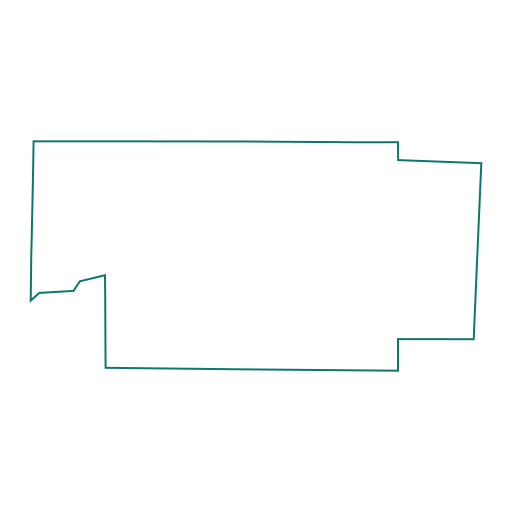 Summit, Ohio, United States of America, rotated 270°
{"feature_id": "52423323B73320668116479", "entity_name": "Summit", "entity_type": "district", "adm_level": 2, "iso_a3": "USA", "parent_name": "United States of America", "parent_adm1": "Ohio", "projection": "equal_earth", "projection_center": [-81.526, 41.129], "detail": "fine", "context": "isolated", "style": "outline", "palette": "teal", "viewbox_px": 512, "rotation_deg": 270, "n_neighbors": 0, "source": "geoboundaries", "source_scale": "gbopen_adm2", "svg_char_len": 482}
<svg xmlns="http://www.w3.org/2000/svg" viewBox="0 0 512 512"><g transform="rotate(270 256 256)"><path d="M172.8,473.7L258.9,477.4L348.8,481.3L351.9,398.1L369.8,398.0L369.7,360.6L369.8,345.2L370.0,319.3L370.2,284.6L370.5,248.8L370.7,106.1L370.7,33.6L325.5,32.8L273.5,31.7L259.0,31.3L211.4,30.7L219.1,39.3L221.1,73.5L230.7,79.8L236.8,105.0L217.2,105.2L155.4,105.5L144.2,105.6L142.6,248.6L141.3,398.0L172.9,398.0L172.8,473.7Z" fill="none" stroke="#0f766e" stroke-width="2"/></g></svg>